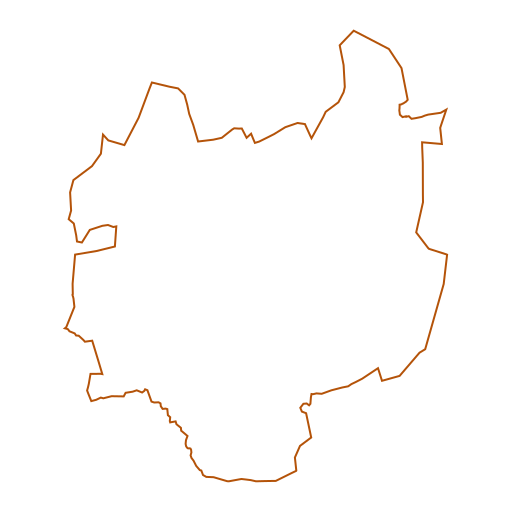 Minjibir, Kano, Nigeria (Equal Earth projection)
{"feature_id": "59680162B51390103580898", "entity_name": "Minjibir", "entity_type": "district", "adm_level": 2, "iso_a3": "NGA", "parent_name": "Nigeria", "parent_adm1": "Kano", "projection": "equal_earth", "projection_center": [8.6, 12.2], "detail": "fine", "context": "isolated", "style": "outline", "palette": "amber", "viewbox_px": 512, "rotation_deg": 0, "n_neighbors": 0, "source": "geoboundaries", "source_scale": "gbopen_adm2", "svg_char_len": 2822}
<svg xmlns="http://www.w3.org/2000/svg" viewBox="0 0 512 512"><path d="M91.3,401.1L96.2,399.8L100.8,397.6L103.3,398.3L111.6,396.2L123.7,396.4L125.6,392.8L132.6,391.7L136.7,390.3L142.1,392.5L144.3,390.9L145.1,389.3L147.4,390.2L151.5,401.6L154.2,402.5L158.6,402.3L160.5,403.4L160.8,406.2L162.6,408.9L163.8,408.8L165.6,408.6L167.3,409.1L167.9,415.2L168.4,415.6L170.2,417.2L170.0,419.4L169.8,421.0L170.2,422.4L171.1,422.2L175.6,421.4L176.5,424.3L180.9,427.8L181.2,430.7L185.3,434.1L187.5,436.0L186.0,440.1L185.7,442.9L185.7,443.3L185.6,443.8L185.9,445.2L186.1,446.2L186.8,447.3L187.6,448.2L188.7,448.4L189.7,448.3L190.5,448.6L191.1,449.8L191.4,452.4L190.6,455.4L191.5,458.0L193.5,460.6L196.2,465.9L198.0,468.0L199.8,470.1L201.3,470.5L202.3,473.1L203.0,475.0L206.3,476.9L213.6,477.2L223.8,480.2L227.2,481.2L228.8,481.3L239.1,479.4L241.4,479.0L242.4,479.1L245.0,479.4L250.7,480.1L256.0,481.3L263.6,481.1L269.1,481.0L275.8,480.9L291.5,473.1L296.1,470.9L296.3,470.6L294.9,457.5L300.0,445.9L311.2,437.5L306.1,413.2L301.9,411.6L300.3,407.8L303.4,403.8L306.7,403.5L309.1,405.3L310.4,403.8L310.9,397.4L311.5,394.0L313.0,394.2L316.5,393.4L321.7,393.8L331.4,390.3L342.2,387.5L348.2,386.3L351.4,384.1L355.6,382.1L362.2,378.7L378.0,368.2L382.0,380.8L399.6,375.9L419.5,352.7L425.2,349.2L443.7,284.0L447.1,254.7L446.5,254.4L429.8,249.1L428.9,248.8L428.3,248.1L428.2,248.1L416.2,232.4L423.0,202.2L422.9,194.8L422.8,162.6L422.2,147.5L422.1,142.3L441.9,144.0L440.2,127.9L441.2,124.8L446.3,109.6L440.7,112.8L428.2,114.6L424.8,115.6L421.7,116.9L415.3,118.2L411.5,118.8L408.8,116.2L407.2,116.5L406.2,116.8L406.0,116.3L402.5,117.1L401.8,116.4L399.9,114.7L399.6,112.4L399.3,110.4L399.5,108.5L399.6,105.9L399.6,104.7L401.6,104.3L402.4,103.7L403.2,103.5L406.1,101.6L407.7,99.8L401.5,68.1L388.9,49.0L353.7,30.7L339.7,45.3L343.6,65.1L344.2,76.1L344.8,87.0L343.6,92.2L338.4,102.3L325.7,111.8L323.1,117.3L311.5,138.3L310.1,135.4L305.3,124.9L305.0,124.1L297.5,123.0L285.3,127.2L274.1,134.1L268.4,137.0L259.1,141.6L254.9,142.9L253.0,138.4L251.5,134.7L251.1,133.7L246.6,137.8L241.8,128.5L238.9,128.6L234.2,128.3L232.2,129.5L221.8,137.8L213.2,139.7L198.1,141.5L193.2,124.8L189.2,113.9L187.2,104.6L184.5,94.8L178.1,88.4L169.4,86.7L151.9,82.5L149.6,88.3L138.6,117.8L124.4,145.1L108.3,140.4L103.0,134.6L100.9,153.7L92.0,166.1L73.4,180.1L70.1,192.4L71.1,210.5L68.7,219.2L73.8,223.5L76.2,235.4L77.0,241.5L81.9,242.5L89.8,229.9L102.4,225.8L108.0,225.0L113.3,227.0L116.3,226.4L114.9,246.5L96.6,251.0L75.1,254.6L72.6,283.8L72.8,294.2L72.5,294.5L72.6,295.7L72.9,296.2L73.0,296.5L73.5,298.7L74.4,306.9L66.3,327.1L64.9,328.3L67.8,329.1L69.5,331.3L74.7,333.4L76.1,335.5L78.7,335.7L83.4,340.0L84.9,341.7L92.2,340.7L98.5,361.4L102.3,374.1L100.6,373.8L90.5,373.9L88.8,383.9L88.0,387.3L87.1,390.5L88.4,393.9L91.3,401.1Z" fill="none" stroke="#b45309" stroke-width="2"/></svg>